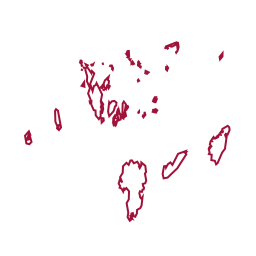 outline of Banggai Laut, Sulawesi Tengah, Indonesia, rotated 188°
{"feature_id": "22746128B78411617556279", "entity_name": "Banggai Laut", "entity_type": "district", "adm_level": 2, "iso_a3": "IDN", "parent_name": "Indonesia", "parent_adm1": "Sulawesi Tengah", "projection": "equal_earth", "projection_center": [123.625, -1.86], "detail": "fine", "context": "isolated", "style": "outline", "palette": "rose", "viewbox_px": 256, "rotation_deg": 188, "n_neighbors": 0, "source": "geoboundaries", "source_scale": "gbopen_adm2", "svg_char_len": 6049}
<svg xmlns="http://www.w3.org/2000/svg" viewBox="0 0 256 256"><g transform="rotate(188 128 128)"><path d="M113.3,36.4L111.4,38.6L111.7,39.9L112.3,40.1L111.6,39.2L112.1,39.4L111.9,38.3L112.4,38.1L113.0,39.7L113.0,41.6L111.6,41.4L112.6,43.8L111.4,44.4L109.9,41.4L108.5,41.1L107.3,44.6L107.6,48.2L104.7,50.4L103.8,53.1L104.0,61.8L105.0,59.9L106.2,60.9L107.7,65.1L107.3,67.0L105.3,66.7L105.0,69.0L104.0,69.3L103.8,71.2L104.9,72.4L105.6,74.6L103.2,75.7L102.7,78.6L104.9,85.3L104.0,86.9L105.6,93.0L110.0,95.7L109.6,92.9L110.8,89.9L111.8,91.4L111.0,92.1L114.1,95.9L117.3,93.9L119.7,96.5L121.1,96.1L122.2,91.6L124.7,93.3L127.6,89.4L127.0,82.8L129.0,78.2L126.1,73.3L129.0,75.3L129.5,71.6L127.8,69.6L128.0,67.7L125.9,67.1L123.9,64.3L123.4,67.4L122.5,66.6L121.3,68.3L118.2,65.5L117.3,57.4L118.9,53.4L115.9,44.1L116.0,39.7L113.3,36.4ZM37.4,107.6L35.7,104.3L34.4,105.7L31.4,116.6L29.1,120.9L29.1,133.6L29.7,134.4L30.0,133.0L30.9,134.6L30.3,135.9L28.4,135.4L27.1,140.2L27.9,142.8L29.6,144.0L34.4,140.2L34.7,137.5L34.2,137.2L34.1,138.1L33.5,138.0L33.7,136.9L34.9,136.8L34.9,137.9L36.1,136.0L35.2,134.2L37.0,134.2L37.5,131.5L38.5,130.8L38.8,131.9L40.2,129.8L41.5,130.6L41.4,128.7L42.3,130.5L43.8,127.3L43.1,126.6L44.3,126.4L44.7,123.2L42.9,121.6L44.0,119.5L44.4,121.4L45.2,118.6L43.8,115.2L44.3,113.5L41.4,113.2L41.0,107.8L37.4,107.6ZM161.7,136.0L158.1,132.7L156.7,135.8L157.4,140.2L156.5,140.0L157.1,144.0L155.8,148.0L157.0,149.4L157.3,144.5L157.8,144.8L157.4,147.3L158.7,150.5L158.3,157.6L165.4,168.1L165.9,166.0L167.6,164.8L168.2,159.6L170.8,164.8L172.3,156.6L168.9,150.7L168.8,149.3L169.7,149.1L169.1,147.5L167.9,148.8L167.7,146.3L164.4,140.9L162.6,140.8L161.7,136.0ZM85.7,83.1L81.9,84.4L73.6,94.9L66.6,110.1L67.7,111.1L67.0,112.1L68.0,111.9L67.6,113.2L74.8,109.4L78.9,97.6L81.2,99.8L83.4,97.8L84.9,94.0L85.5,95.5L87.0,95.1L87.3,87.3L85.7,83.1ZM172.2,163.8L169.0,177.4L171.8,179.5L172.2,179.1L171.8,178.0L171.6,179.1L170.8,178.1L171.9,177.2L176.9,182.7L178.3,181.4L178.3,179.5L175.6,173.5L175.2,168.6L172.2,163.8ZM150.2,150.8L150.0,141.4L148.2,137.1L144.6,142.7L143.8,147.7L142.8,148.5L143.0,151.6L145.3,152.9L147.6,152.2L149.3,149.7L150.2,150.8ZM198.2,117.7L196.1,116.3L194.4,119.2L199.8,135.4L201.9,136.6L202.6,134.8L200.8,124.2L198.5,120.3L196.6,121.5L197.3,117.9L198.2,119.1L198.2,117.7ZM228.9,106.0L226.5,98.6L223.5,98.2L221.6,100.7L223.9,106.1L224.5,104.8L223.5,103.4L226.6,102.1L225.1,109.3L223.3,106.7L225.7,110.9L228.9,106.0ZM155.2,163.5L154.5,167.4L153.3,168.1L153.4,171.9L154.6,172.7L154.3,176.1L157.5,171.9L158.3,168.5L157.3,165.3L155.2,163.5ZM136.7,151.5L135.0,137.2L133.8,136.7L133.3,151.0L135.8,153.6L136.7,151.5ZM102.5,211.6L101.0,213.6L97.9,215.3L95.6,214.8L91.2,217.9L89.5,211.7L89.2,215.4L90.4,219.3L91.9,219.6L101.7,214.1L102.5,211.6ZM139.3,133.6L136.5,135.4L137.1,139.6L138.7,141.0L138.0,141.0L138.6,141.4L139.4,139.9L138.6,142.0L139.8,144.9L140.0,143.2L140.8,144.2L141.2,141.1L139.1,136.7L138.7,134.5L140.3,136.5L139.3,133.6ZM142.4,128.5L140.5,128.9L139.9,131.8L140.1,132.6L140.3,132.7L140.7,129.4L141.6,130.7L141.7,129.2L142.0,132.0L143.3,131.8L142.8,133.1L143.2,135.5L141.9,136.0L142.1,139.7L143.9,135.9L143.5,131.1L142.4,128.5ZM105.8,147.5L102.5,147.1L101.5,149.6L103.4,150.4L104.0,148.6L105.5,149.0L105.8,147.5ZM44.8,215.2L47.2,211.2L46.4,208.8L44.4,212.0L44.8,215.2ZM138.4,201.1L136.7,198.3L137.9,204.4L139.2,204.1L139.8,201.8L139.0,201.0L139.8,200.8L138.5,199.6L138.4,201.1ZM179.8,163.3L176.9,162.8L177.8,167.4L179.8,163.3ZM154.8,129.6L153.0,131.9L153.6,134.2L155.8,134.1L154.8,129.6ZM116.7,184.3L115.3,186.0L118.5,187.0L118.5,184.6L116.7,184.3ZM155.8,138.5L155.2,143.4L156.0,146.0L156.8,143.0L155.8,138.5ZM114.2,140.7L112.6,143.4L113.8,146.3L113.5,142.5L114.5,142.1L114.6,143.4L115.1,141.8L114.2,140.7ZM105.5,157.3L104.3,157.4L103.5,160.7L103.8,162.0L104.1,160.6L104.6,161.6L104.2,158.9L105.8,158.9L105.5,157.3ZM182.9,185.6L182.8,186.7L183.3,188.0L184.4,188.0L184.6,186.1L183.8,185.5L183.6,186.9L182.9,185.6ZM131.9,191.8L131.0,192.4L132.8,194.5L133.2,193.7L131.9,191.8ZM160.8,164.2L159.2,164.0L159.0,164.8L159.8,165.7L160.8,164.2ZM97.3,190.4L96.9,192.1L98.3,191.4L98.8,192.7L98.5,191.4L97.3,190.4ZM151.3,183.5L151.1,185.1L151.8,186.2L152.1,184.2L151.3,183.5ZM173.2,184.6L171.6,185.1L171.3,186.5L173.2,184.6ZM132.1,141.0L132.5,138.8L131.6,139.6L132.1,141.0ZM124.5,175.6L123.6,176.3L124.5,177.3L124.9,176.6L124.5,175.6ZM154.4,186.9L151.9,186.3L152.3,187.1L153.0,187.6L154.2,187.4L154.4,186.9ZM133.5,191.9L132.6,192.7L133.7,193.3L133.5,191.9ZM89.5,211.6L91.0,209.8L90.7,209.3L89.5,211.6ZM158.6,162.8L157.1,162.2L156.9,162.5L158.6,162.8ZM152.3,166.0L152.0,167.0L152.8,167.2L153.2,165.6L152.8,167.0L152.3,166.0ZM131.7,148.1L130.9,149.0L131.8,150.5L131.7,148.1ZM178.8,185.2L177.8,183.7L176.9,184.1L176.6,184.5L178.8,185.2ZM125.7,191.2L125.1,191.0L126.1,193.0L125.7,191.2ZM107.0,158.0L106.1,157.8L106.8,158.9L107.0,158.0ZM135.1,196.2L135.8,195.8L135.1,195.3L135.1,196.2ZM119.4,146.0L120.0,145.0L119.8,144.5L119.2,144.9L119.4,146.0ZM138.4,197.9L137.1,197.6L138.1,198.6L138.4,197.9ZM105.5,161.5L105.0,162.3L105.6,162.2L105.5,161.5ZM125.1,190.1L124.0,189.7L123.8,191.6L124.2,189.8L125.1,190.1ZM182.7,179.2L181.7,179.1L181.2,180.0L181.8,179.3L182.7,179.2ZM127.0,194.9L125.9,194.4L126.8,195.3L127.0,194.9ZM158.5,168.0L159.0,167.2L158.6,166.8L158.5,168.0ZM153.2,165.4L152.8,164.6L152.4,165.5L153.2,165.4ZM182.5,183.1L181.5,182.7L182.8,184.2L182.5,183.1ZM99.5,212.7L100.5,211.4L98.9,213.0L99.5,212.7ZM126.9,191.4L126.1,191.0L127.0,193.4L126.9,191.4ZM132.2,146.3L132.6,144.9L131.8,146.5L132.2,146.3ZM125.4,192.9L125.0,193.4L125.8,193.9L125.4,192.9ZM106.3,160.4L105.5,160.4L106.1,161.0L106.3,160.4ZM162.7,187.9L161.8,188.0L161.9,188.3L162.7,187.9ZM173.1,185.7L173.6,184.7L172.7,185.6L173.1,185.7ZM180.1,181.8L180.6,180.8L179.8,181.7L180.1,181.8ZM105.2,149.6L104.9,149.3L104.5,149.8L105.2,149.6ZM97.0,193.5L96.8,192.7L96.6,192.4L96.7,193.2L97.0,193.5ZM96.8,214.5L97.3,214.1L96.7,214.4L96.8,214.5ZM98.8,193.7L98.8,192.8L98.5,193.8L98.8,193.7ZM126.9,194.4L127.1,194.3L127.0,193.7L126.9,194.4Z" fill="none" stroke="#9f1239" stroke-width="2"/></g></svg>